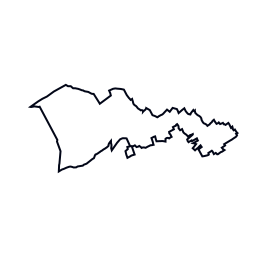 the district of Tekom, Yucatán, Mexico, rotated 50°
{"feature_id": "50627088B49357415641564", "entity_name": "Tekom", "entity_type": "district", "adm_level": 2, "iso_a3": "MEX", "parent_name": "Mexico", "parent_adm1": "Yucatán", "projection": "natural_earth1", "projection_center": [-88.348, 20.501], "detail": "fine", "context": "isolated", "style": "outline", "palette": "ink", "viewbox_px": 256, "rotation_deg": 50, "n_neighbors": 0, "source": "geoboundaries", "source_scale": "gbopen_adm2", "svg_char_len": 5687}
<svg xmlns="http://www.w3.org/2000/svg" viewBox="0 0 256 256"><g transform="rotate(50 128 128)"><path d="M202.2,47.4L200.5,47.5L197.9,47.1L197.7,48.5L197.2,48.5L196.5,48.5L195.7,48.4L195.8,48.2L195.7,48.0L194.0,47.2L194.0,49.0L190.1,48.0L188.6,47.9L188.4,50.5L188.3,51.3L186.9,51.8L186.8,52.1L185.1,52.0L184.9,53.0L184.6,53.6L184.2,54.9L182.1,54.9L182.2,56.0L181.9,56.8L181.7,57.5L178.8,57.3L177.5,57.0L176.9,56.9L176.9,57.4L176.9,57.9L176.9,58.6L177.0,58.9L177.2,59.2L177.3,59.6L177.3,59.8L177.4,60.3L177.4,60.7L177.4,61.1L177.4,61.3L177.4,61.7L177.5,62.2L177.5,62.6L177.7,63.1L177.4,65.8L177.2,65.8L176.8,65.7L176.5,65.7L176.3,65.7L175.5,65.8L175.3,65.9L175.2,66.0L174.6,66.2L174.2,66.3L173.9,66.5L173.6,66.7L173.3,66.8L173.1,66.9L171.9,67.0L171.7,67.0L171.5,66.9L171.3,66.9L170.9,66.7L170.5,66.7L170.3,66.7L170.1,66.7L169.8,66.7L169.3,66.5L169.2,66.4L168.9,66.3L168.6,66.2L168.4,66.0L168.0,65.8L167.8,65.7L167.6,65.6L165.9,65.4L165.6,65.5L165.2,65.6L164.7,65.7L164.3,65.8L164.0,65.9L163.7,66.1L163.0,66.3L162.7,66.4L162.2,66.5L161.7,66.6L161.4,66.6L160.8,66.6L160.1,66.8L159.7,66.7L159.2,66.5L158.9,66.4L158.4,66.0L158.1,65.9L157.7,65.8L157.6,65.7L157.6,65.9L157.4,66.5L156.2,66.4L156.7,68.8L157.0,70.1L157.7,71.5L157.3,71.8L157.1,72.1L156.7,72.2L156.5,72.5L156.3,72.7L156.0,72.8L155.8,72.9L155.5,72.9L155.1,73.0L154.8,73.0L154.4,73.0L154.2,73.0L152.3,73.0L149.1,72.2L149.0,74.9L149.1,79.6L147.1,78.9L144.9,78.4L141.3,80.9L142.4,85.6L139.0,86.3L139.4,89.6L139.5,90.5L139.7,91.7L139.7,92.5L139.7,93.1L139.1,95.1L139.0,96.1L138.7,97.1L138.8,97.8L138.6,98.7L137.7,99.0L136.1,99.7L133.9,101.0L128.3,99.8L124.5,101.2L124.6,101.3L124.7,101.8L125.0,102.5L125.1,102.9L125.1,103.4L125.1,103.6L125.1,103.9L125.1,104.2L125.1,104.7L125.1,105.0L125.1,105.4L125.2,106.0L125.1,105.9L124.8,105.7L124.7,105.7L124.4,105.7L124.2,105.6L123.8,105.5L123.5,105.8L123.2,106.0L122.9,106.3L122.7,106.6L122.6,106.9L122.2,107.0L121.4,107.1L121.0,107.3L120.6,107.4L119.9,107.6L119.4,107.8L119.0,107.8L118.1,107.7L117.7,107.7L117.1,107.7L116.6,107.7L116.1,107.8L115.6,108.0L114.7,108.2L114.4,108.3L114.2,108.3L113.8,108.3L113.2,108.3L112.8,108.2L112.6,108.1L111.9,107.8L111.1,107.4L110.6,107.1L110.3,107.0L109.9,106.9L109.5,106.7L109.2,106.6L108.8,106.4L108.4,106.2L108.3,107.4L108.2,107.9L106.6,107.9L105.8,108.0L105.7,108.0L103.8,107.9L102.0,107.8L96.1,106.5L95.9,106.5L93.5,108.4L91.2,110.7L90.6,111.3L89.8,112.0L89.4,112.5L88.4,114.2L87.9,115.9L87.7,116.7L87.2,118.4L89.9,119.2L92.1,120.3L91.3,134.0L89.5,133.7L79.8,132.4L78.7,133.6L77.8,134.1L74.9,135.2L72.0,137.6L71.1,138.0L70.6,138.1L69.1,139.3L68.2,139.7L66.0,141.0L65.4,141.5L64.5,142.2L63.5,143.0L62.3,144.5L61.8,144.6L61.1,144.7L59.2,145.0L57.4,147.1L55.0,147.9L52.4,161.3L51.8,169.9L50.6,174.8L49.9,179.7L49.1,189.2L49.6,188.8L51.3,185.8L54.5,182.9L54.9,182.0L78.1,186.9L91.7,189.8L92.3,190.5L92.7,191.1L102.4,194.6L111.2,203.4L112.1,204.6L116.8,208.9L117.4,205.1L118.0,203.7L118.9,200.5L119.9,197.9L120.7,196.7L122.1,195.7L123.3,195.0L124.8,193.1L125.1,191.3L127.8,186.8L127.7,185.5L128.7,182.7L128.9,175.1L129.1,174.2L129.2,173.8L129.2,173.5L129.1,173.3L128.8,172.8L128.6,172.4L128.3,171.8L128.1,171.5L127.8,171.2L127.7,170.9L127.6,170.6L127.5,170.3L127.5,170.1L127.4,169.8L127.6,169.5L127.8,169.2L127.9,168.6L127.9,168.1L128.1,167.1L128.1,166.7L128.1,166.4L128.2,165.9L128.2,165.2L128.3,164.9L128.3,164.4L128.3,163.8L128.5,163.0L128.6,162.3L128.6,161.9L128.6,161.4L128.6,161.2L128.7,160.9L128.7,160.4L128.8,159.8L128.9,159.5L129.0,158.9L129.0,158.5L129.0,158.3L129.1,157.5L129.2,157.2L129.2,156.7L129.2,156.1L129.2,155.5L129.1,154.4L128.8,154.1L128.3,153.6L128.0,153.2L127.9,152.9L127.7,152.5L127.6,152.4L127.6,152.1L127.4,151.4L127.3,151.0L127.2,150.6L127.1,150.4L127.1,150.0L127.0,149.8L126.9,149.3L127.3,149.6L127.9,150.2L128.3,150.5L128.7,150.7L129.2,151.0L129.7,151.2L130.1,151.4L130.7,151.9L131.1,152.1L131.5,152.5L131.7,152.8L131.8,153.0L132.4,153.5L132.6,153.8L132.9,154.0L133.4,154.2L133.9,154.4L134.3,154.6L134.7,154.8L132.3,145.8L131.6,141.3L132.3,138.9L132.7,138.3L133.7,137.2L134.0,136.8L134.4,136.4L134.7,136.1L135.1,135.8L143.4,138.1L142.1,140.7L144.0,141.7L144.1,144.8L147.5,146.5L148.7,146.9L150.5,147.6L151.1,144.8L151.3,143.1L152.6,140.0L144.3,136.8L145.3,135.7L145.7,133.9L148.1,133.7L148.8,132.2L149.0,130.9L151.1,130.4L152.0,130.4L152.3,129.4L153.1,128.3L154.5,127.2L154.9,125.1L155.6,122.4L155.6,122.0L156.4,120.9L157.3,119.2L155.8,118.6L154.5,117.9L150.8,116.5L151.4,113.7L151.9,112.6L154.5,113.9L156.5,114.7L158.8,111.7L160.4,109.7L162.5,108.0L160.4,106.2L160.5,105.0L160.7,104.5L161.1,103.9L161.7,103.4L162.4,103.2L162.5,101.7L162.8,100.3L161.8,100.1L160.3,99.7L158.7,99.8L157.4,99.0L158.5,93.7L156.2,93.0L156.6,91.1L157.0,89.9L156.5,89.0L156.6,87.9L158.6,88.0L159.8,88.6L160.7,89.4L163.2,89.5L163.6,87.3L164.9,87.7L167.0,88.4L168.6,88.2L170.3,87.7L171.9,87.5L173.2,87.6L173.4,84.9L174.0,83.7L174.3,82.3L174.6,82.5L174.7,83.6L174.8,90.0L176.5,90.7L177.8,90.7L177.9,89.7L178.4,87.3L179.2,87.5L180.2,81.9L180.9,82.1L181.1,82.3L181.5,82.3L181.9,82.5L182.5,82.6L181.6,87.8L182.3,87.2L183.3,86.6L184.1,86.2L184.8,89.6L185.1,91.4L188.2,91.0L188.1,89.5L188.1,88.6L188.2,87.1L187.9,84.7L187.9,83.6L188.6,83.7L189.9,83.8L189.7,87.8L191.1,88.0L194.0,88.6L197.5,89.3L197.9,88.7L198.6,87.5L199.5,85.7L199.9,84.9L200.1,84.3L200.3,83.7L200.3,83.2L198.8,82.5L199.3,78.4L200.1,78.3L200.7,78.4L201.7,78.6L202.7,78.9L203.2,79.0L203.5,76.8L204.5,76.6L205.4,76.6L205.7,76.3L205.9,75.9L206.1,72.5L206.6,71.1L206.9,68.3L205.4,68.8L203.4,68.8L203.6,66.8L203.8,64.9L202.2,64.7L203.3,57.7L203.6,56.2L203.8,53.8L204.1,51.3L204.1,50.7L204.0,50.2L203.6,49.1L201.9,48.9L202.1,48.1L202.2,47.4Z" fill="none" stroke="#020617" stroke-width="2"/></g></svg>